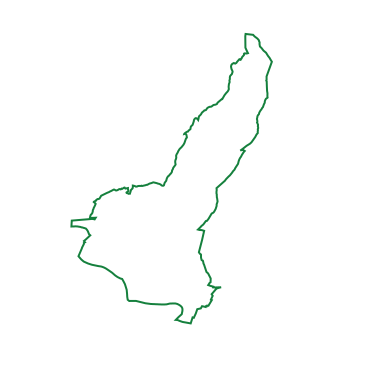 Sarasau, Maramures, Romania (Robinson projection), rotated 153°
{"feature_id": "2599482B95586202279126", "entity_name": "Sarasau", "entity_type": "district", "adm_level": 2, "iso_a3": "ROU", "parent_name": "Romania", "parent_adm1": "Maramures", "projection": "robinson", "projection_center": [23.792, 47.947], "detail": "fine", "context": "isolated", "style": "outline", "palette": "green", "viewbox_px": 384, "rotation_deg": 153, "n_neighbors": 0, "source": "geoboundaries", "source_scale": "gbopen_adm2", "svg_char_len": 5997}
<svg xmlns="http://www.w3.org/2000/svg" viewBox="0 0 384 384"><g transform="rotate(153 192 192)"><path d="M72.5,308.5L73.8,306.6L78.9,296.3L79.1,292.3L79.1,290.3L79.7,290.4L80.9,290.8L82.1,291.6L82.5,291.7L83.0,291.5L83.3,290.8L83.6,290.4L85.7,289.6L86.5,289.2L87.1,288.5L88.1,288.4L88.3,287.9L88.6,287.7L88.8,287.7L89.0,287.9L89.2,288.2L89.3,288.6L89.5,288.8L92.8,287.5L93.8,286.9L94.6,286.8L95.2,286.8L95.8,287.4L96.1,287.9L97.7,287.9L98.4,287.7L99.2,287.3L99.4,287.1L100.2,286.2L100.5,285.4L101.0,283.5L101.0,282.2L101.1,281.1L101.3,280.6L102.9,279.0L104.0,278.6L105.2,278.1L105.6,277.8L106.0,277.3L106.4,276.7L106.9,275.6L107.1,275.3L108.0,274.4L108.2,274.0L108.3,273.5L108.6,272.8L110.1,271.4L111.6,269.1L112.5,266.9L113.7,265.9L114.8,265.3L116.2,264.8L117.5,264.3L117.7,264.1L119.1,263.5L122.6,261.2L122.7,261.4L123.8,261.1L128.1,260.1L128.8,259.9L129.6,259.2L130.5,259.1L131.5,259.2L133.1,259.7L133.8,259.7L135.8,259.3L136.4,259.4L137.6,259.9L139.0,260.0L139.9,259.9L140.8,259.6L142.1,258.8L142.7,258.7L143.5,259.0L143.9,259.1L145.0,258.7L146.5,258.4L147.3,258.1L148.6,257.2L149.8,256.7L151.1,256.4L152.2,255.4L152.8,254.5L153.8,253.4L153.9,254.2L154.5,255.6L155.1,256.1L155.9,256.1L156.7,255.8L157.7,255.1L158.2,254.3L160.8,251.7L161.3,251.4L162.3,251.2L163.2,250.8L163.7,250.4L164.8,248.8L165.4,248.6L167.2,248.3L168.0,247.7L168.9,247.9L169.7,247.9L171.2,247.7L172.4,247.4L172.6,247.2L171.6,247.0L171.2,246.5L171.0,245.8L171.4,244.1L171.9,242.8L172.8,242.5L173.5,242.0L176.5,239.1L178.1,238.0L181.0,236.7L183.4,236.0L185.6,234.7L186.9,233.6L188.7,232.5L189.7,231.5L190.4,229.8L191.2,228.8L192.3,227.9L193.0,227.0L193.7,225.5L194.1,224.0L194.6,223.6L197.5,222.2L198.1,221.7L198.4,221.3L200.0,220.2L200.6,219.3L201.1,218.8L202.0,218.3L202.9,217.9L203.8,217.7L204.2,217.5L204.7,217.1L206.0,216.9L206.7,216.6L207.5,216.1L208.3,215.5L209.9,213.7L211.8,212.8L212.4,212.4L214.0,210.7L214.6,210.6L215.3,210.9L215.9,211.4L216.3,212.1L216.4,212.6L216.7,213.1L217.6,214.2L218.6,215.0L219.1,215.6L220.2,216.6L222.0,218.1L222.8,218.3L223.8,218.3L226.1,218.8L228.5,218.7L229.2,219.0L230.1,219.1L233.7,220.0L233.9,220.2L234.1,220.5L234.5,220.5L236.3,221.4L237.4,221.8L238.2,221.8L239.5,222.2L240.2,223.2L240.9,223.7L241.0,224.0L241.8,224.6L242.0,224.2L242.2,223.8L242.3,223.4L242.7,223.1L243.3,222.2L245.4,221.5L248.1,218.7L248.6,219.0L249.2,219.1L249.6,219.7L250.6,220.7L250.7,221.1L250.6,221.3L250.1,221.4L249.0,221.5L248.3,221.8L247.9,222.6L247.8,223.7L247.3,224.6L249.8,225.3L250.0,226.5L250.3,226.7L252.9,226.5L253.3,227.0L254.3,226.7L255.0,227.4L255.8,227.6L256.8,227.5L257.7,227.5L258.7,227.7L259.3,228.1L260.0,229.3L260.7,229.7L263.7,229.6L264.6,229.7L265.9,229.6L268.1,229.8L274.6,229.9L277.5,228.1L278.9,228.3L279.4,228.6L281.1,228.3L281.4,227.9L283.3,227.9L284.0,227.8L284.1,227.7L283.5,226.4L283.3,225.6L283.2,225.3L283.4,225.0L285.5,223.3L286.7,222.5L287.4,221.7L288.3,221.1L288.7,220.7L289.2,219.8L290.4,218.5L291.8,217.8L292.4,217.7L293.1,217.2L294.8,215.2L289.5,212.8L291.2,211.8L292.2,212.7L293.5,213.5L294.3,213.8L312.1,221.1L315.1,216.0L314.7,215.8L312.9,214.9L311.8,214.5L310.0,213.5L307.1,211.4L306.6,210.7L305.9,210.3L305.4,209.8L304.7,209.1L304.2,208.7L303.1,207.5L302.7,205.7L302.6,204.1L302.9,201.2L302.3,199.6L308.6,197.8L310.5,197.4L310.3,196.1L310.2,195.8L310.9,195.8L311.5,195.7L311.7,195.1L311.9,194.8L315.3,192.3L315.7,191.8L322.3,186.3L322.2,185.8L321.3,182.2L320.4,180.0L320.0,179.1L317.1,175.5L314.2,172.6L309.2,168.6L306.7,166.8L305.6,165.7L304.4,164.3L303.3,162.7L301.3,159.1L299.8,156.3L298.4,152.7L297.0,150.1L295.1,147.5L293.7,146.2L293.6,143.3L293.6,140.3L294.6,134.5L296.1,130.7L297.3,128.0L298.2,125.2L297.4,123.4L291.4,120.4L284.0,114.0L279.5,110.9L269.8,105.4L267.8,104.4L265.8,103.5L264.7,103.2L262.5,102.7L259.5,101.3L257.5,100.3L255.9,98.9L254.8,97.4L253.9,95.8L253.4,94.3L253.4,92.8L253.8,91.7L254.6,90.3L256.6,87.8L261.0,86.6L264.5,85.4L262.9,84.4L261.6,82.8L259.4,80.5L257.0,78.7L253.2,75.8L252.8,75.5L248.4,80.0L247.5,79.1L243.8,82.0L240.5,85.2L237.0,84.3L234.9,85.7L233.5,84.6L232.0,83.3L231.4,83.9L230.6,83.4L230.1,83.9L229.0,83.2L223.4,86.7L224.0,87.5L220.7,90.1L220.9,92.0L214.9,94.5L213.5,94.8L211.4,94.4L209.3,93.9L215.5,96.8L216.4,97.4L215.9,97.9L218.1,99.9L219.8,101.7L217.6,103.0L216.4,103.2L214.6,106.5L214.6,112.1L215.4,114.2L214.2,122.1L214.3,122.9L213.8,124.4L213.5,125.9L214.2,126.7L214.3,126.9L214.3,127.2L213.7,129.6L212.5,131.9L212.4,132.3L213.0,133.4L213.1,133.9L213.2,135.2L204.7,144.8L198.8,151.9L200.7,153.7L202.5,154.7L203.7,155.8L200.5,156.8L199.1,157.4L196.7,157.9L192.9,159.8L192.6,159.8L191.9,159.5L191.4,159.7L190.0,160.3L188.8,161.0L184.4,163.8L184.0,163.9L182.5,163.9L181.8,164.1L180.9,164.6L178.6,166.2L176.4,168.4L175.6,169.9L174.5,170.9L173.5,172.0L172.4,175.2L172.3,175.9L172.1,176.4L171.7,177.1L171.4,178.0L171.0,178.6L170.9,179.4L170.7,179.9L169.9,181.4L169.1,182.5L168.4,184.3L157.5,187.1L156.4,187.7L155.5,188.1L152.3,189.2L150.7,189.6L146.9,191.3L146.5,191.7L144.0,192.6L142.4,193.8L138.2,196.2L136.4,198.3L135.1,199.5L133.7,200.5L132.3,201.2L130.7,202.4L127.8,204.1L126.4,204.6L126.9,205.5L127.1,205.8L127.7,206.3L128.3,206.7L129.3,206.9L129.3,207.1L127.3,207.4L122.3,208.4L118.5,208.7L116.4,209.3L110.7,212.3L108.3,214.0L106.7,214.6L106.5,214.9L106.2,215.7L105.1,217.3L104.9,218.1L104.0,218.9L103.6,220.0L103.5,220.7L103.0,221.3L102.8,221.8L102.6,222.1L102.5,224.4L102.0,224.7L101.8,225.1L101.2,226.6L101.1,227.3L101.0,227.6L99.8,229.0L99.3,229.8L98.1,230.6L97.3,230.8L96.9,231.1L96.1,232.1L94.8,233.0L93.6,233.7L92.8,234.0L91.3,235.0L90.3,235.4L88.1,237.5L86.7,238.5L85.9,239.8L84.7,240.9L83.7,241.5L83.1,241.6L82.1,241.7L81.8,241.8L81.4,243.0L79.9,245.8L79.6,246.8L79.2,248.0L77.5,251.8L75.2,256.7L75.3,257.2L75.2,257.7L74.8,257.9L74.6,258.1L73.1,261.1L61.7,271.8L61.9,274.0L62.0,276.3L62.5,278.8L62.8,282.5L64.1,285.5L64.7,288.7L65.4,290.8L64.6,293.4L64.2,293.9L63.8,294.8L63.8,295.9L63.6,296.3L63.6,297.3L64.1,299.1L65.6,302.2L66.2,304.3L72.5,308.5Z" fill="none" stroke="#15803d" stroke-width="2"/></g></svg>